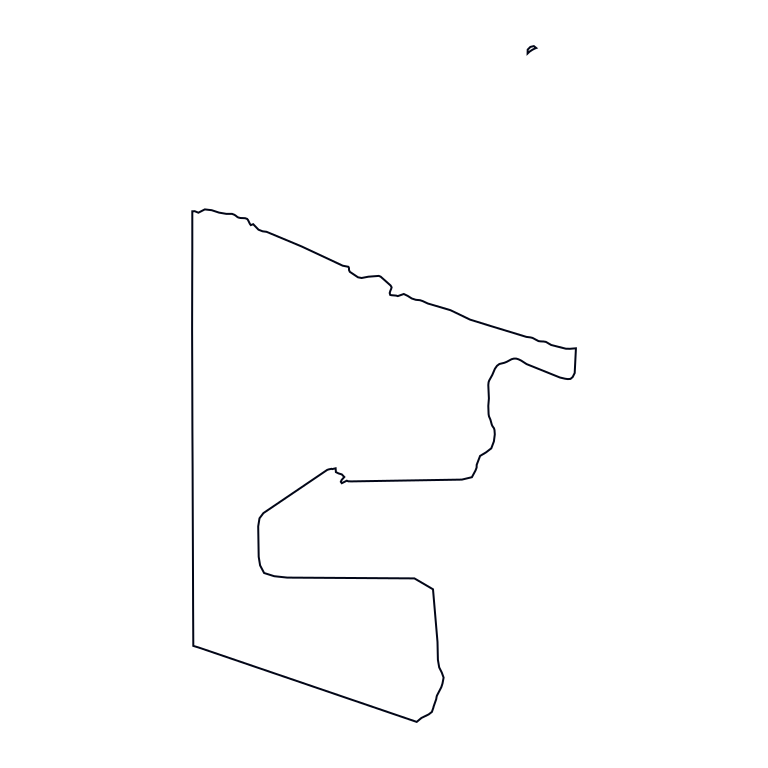 Sandaun, orthographic projection
{"feature_id": "PNG-1241", "entity_name": "Sandaun", "entity_type": "Province", "adm_level": 1, "iso_a3": "PNG", "parent_name": "Papua New Guinea", "parent_adm1": "", "projection": "orthographic", "projection_center": [142.09, -3.55], "detail": "fine", "context": "isolated", "style": "outline", "palette": "ink", "viewbox_px": 768, "rotation_deg": 0, "n_neighbors": 0, "source": "natural_earth", "source_scale": "10m", "svg_char_len": 2123}
<svg xmlns="http://www.w3.org/2000/svg" viewBox="0 0 768 768"><path d="M193.3,645.9L193.1,606.8L193.0,574.5L192.7,497.6L192.6,466.5L192.4,429.6L192.3,389.9L192.1,329.6L192.2,284.5L192.3,249.0L192.3,216.9L192.3,211.3L194.7,211.2L198.4,212.7L204.8,209.4L211.7,210.2L219.0,212.6L226.5,213.9L232.1,213.9L234.4,214.8L235.9,215.8L237.1,216.8L238.3,217.5L240.4,218.0L245.1,218.2L247.1,218.9L248.0,220.0L249.9,223.9L250.8,225.1L253.2,224.2L258.5,229.7L262.6,231.3L266.5,231.8L301.7,246.5L342.7,265.7L348.4,266.8L349.0,268.1L349.0,270.0L349.8,271.8L358.0,277.3L361.6,278.0L368.4,276.7L378.8,275.9L380.7,276.7L390.6,285.5L391.6,287.3L391.2,288.8L390.3,290.9L389.7,293.0L390.2,294.9L391.4,295.2L396.1,295.6L397.8,296.1L403.8,294.0L407.7,295.9L411.8,298.5L415.8,299.8L420.0,300.2L422.7,301.1L427.8,303.5L450.5,310.2L470.0,319.6L490.6,326.0L526.4,336.9L530.4,337.4L532.5,337.9L538.5,341.1L540.9,341.4L543.5,341.5L545.9,341.9L551.2,345.0L565.8,348.7L569.9,348.8L575.9,348.3L575.9,349.0L574.7,373.0L572.7,377.0L570.5,378.9L567.8,379.1L565.0,378.7L559.9,377.5L526.6,364.1L521.2,360.6L518.5,359.3L516.2,358.6L513.9,358.6L511.6,359.2L506.8,361.8L504.3,362.8L499.4,364.0L497.0,365.8L494.9,368.8L492.3,374.9L489.2,380.5L488.6,382.2L488.3,385.0L488.9,398.5L488.3,405.9L488.6,414.2L489.0,416.4L490.4,419.6L491.8,424.7L492.5,426.2L494.0,428.3L494.5,430.1L494.8,434.4L493.9,441.4L491.3,448.3L486.0,452.4L480.1,455.9L476.7,464.8L476.6,467.6L475.5,470.5L471.9,477.2L461.9,479.6L351.3,481.4L348.3,481.3L346.8,480.7L341.8,483.2L340.8,481.8L341.7,479.9L344.3,477.0L341.8,474.4L338.5,473.4L335.9,472.1L335.6,468.3L332.2,469.1L331.5,468.8L328.7,469.4L327.2,469.9L263.4,513.1L259.5,518.3L258.2,526.4L258.7,556.8L260.1,565.4L264.1,573.0L274.2,576.2L287.2,577.6L414.4,578.4L433.0,589.3L437.5,642.0L437.9,659.8L439.2,667.4L441.8,672.6L443.6,677.6L442.5,683.5L441.3,687.2L436.9,695.7L436.6,696.8L436.2,699.2L433.6,706.6L433.4,707.6L431.9,711.9L428.7,714.4L421.5,717.9L416.7,721.9L198.6,647.5L193.3,645.9ZM527.6,53.5L527.7,49.6L530.4,46.9L533.8,46.1L536.2,48.0L535.1,48.4L532.5,49.7L529.6,51.6L527.6,53.5Z" fill="none" stroke="#020617" stroke-width="2"/></svg>